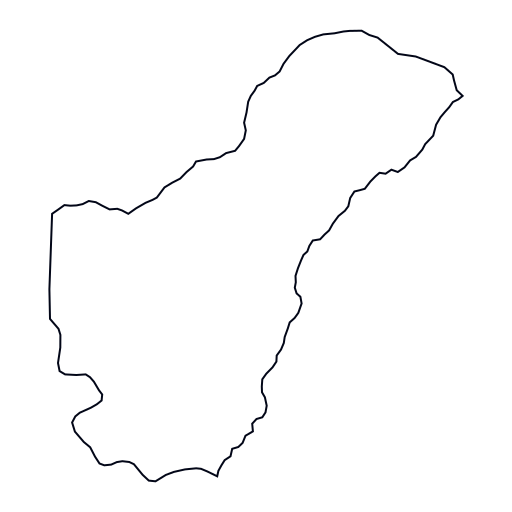 São Jorge do Ivaí, Paraná, Brazil (Mercator projection)
{"feature_id": "56859067B31739718391647", "entity_name": "São Jorge do Ivaí", "entity_type": "district", "adm_level": 2, "iso_a3": "BRA", "parent_name": "Brazil", "parent_adm1": "Paraná", "projection": "mercator", "projection_center": [-52.309, -23.436], "detail": "fine", "context": "isolated", "style": "outline", "palette": "ink", "viewbox_px": 512, "rotation_deg": 0, "n_neighbors": 0, "source": "geoboundaries", "source_scale": "gbopen_adm2", "svg_char_len": 2143}
<svg xmlns="http://www.w3.org/2000/svg" viewBox="0 0 512 512"><path d="M52.1,213.8L49.4,289.2L50.0,318.9L58.5,328.8L60.4,334.9L60.3,347.6L58.0,363.0L59.6,371.1L65.1,374.4L76.3,375.0L85.7,374.4L90.0,377.2L93.9,381.7L99.0,390.3L102.2,394.5L101.6,400.5L96.8,404.3L90.9,407.7L79.8,412.7L75.3,416.4L72.1,422.5L74.9,431.6L83.8,442.0L90.2,447.3L95.0,456.6L99.5,463.5L104.3,465.3L111.2,464.6L116.8,462.1L122.4,461.2L129.3,462.0L133.9,464.2L142.6,474.8L148.8,480.6L155.5,481.3L165.9,474.9L173.9,471.9L185.0,469.4L196.2,468.3L201.0,468.8L207.2,471.4L217.2,476.3L218.4,470.8L221.5,465.2L224.7,460.1L230.5,456.3L232.2,448.8L238.3,447.0L242.6,442.9L245.5,435.7L252.9,431.4L252.2,423.7L256.5,419.0L262.3,417.3L265.5,412.4L266.7,405.7L264.9,397.3L262.0,392.3L261.8,386.5L262.3,379.3L266.3,373.7L272.5,367.4L276.4,361.6L276.7,355.5L281.0,349.6L283.8,343.0L284.7,337.0L287.8,328.5L289.7,322.4L294.6,318.0L298.3,312.9L301.6,303.5L300.4,296.8L296.6,293.4L294.8,287.7L295.8,282.3L295.5,275.9L298.0,268.1L301.1,260.3L303.5,254.9L307.3,251.5L309.4,245.8L312.8,240.5L320.1,239.3L324.6,234.5L329.1,230.4L332.9,223.6L338.5,216.0L344.9,210.8L348.3,206.3L350.2,198.0L354.4,191.5L359.7,190.2L364.8,188.8L370.4,181.5L375.5,176.3L379.5,172.8L385.6,173.7L391.4,169.7L397.8,172.0L404.5,167.4L410.1,160.4L416.0,156.9L422.3,149.6L425.2,144.1L433.2,135.7L436.1,124.7L440.5,117.2L444.7,112.2L449.2,107.2L452.9,102.0L458.3,99.4L462.6,95.9L456.7,90.2L454.0,80.3L452.7,74.5L444.4,67.2L415.7,56.5L398.0,53.9L377.6,37.6L369.3,35.0L361.6,30.7L349.6,30.9L343.5,31.5L334.5,33.3L323.3,34.4L315.0,36.8L307.2,40.2L299.7,45.0L295.0,50.0L289.4,55.9L283.6,63.7L279.6,71.5L275.0,75.4L269.4,77.6L263.8,82.9L257.2,85.9L254.6,90.7L250.8,95.9L248.2,101.7L246.5,112.6L244.1,122.7L245.8,130.4L244.1,138.9L239.0,146.1L235.1,150.8L226.1,153.1L219.9,157.2L214.0,159.1L206.6,159.5L196.0,161.5L193.1,166.5L186.6,172.0L180.2,178.6L172.2,182.7L164.5,187.4L156.8,197.6L152.5,199.9L145.6,202.8L136.1,208.3L128.3,213.8L121.9,210.4L117.3,208.8L109.6,209.4L102.2,205.7L95.8,202.2L88.8,201.0L82.7,204.1L76.6,205.4L70.3,205.7L64.4,205.1L58.0,209.7L52.1,213.8Z" fill="none" stroke="#020617" stroke-width="2"/></svg>